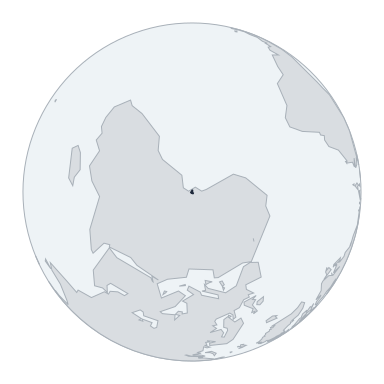 Abia highlighted on a globe, orthographic projection, rotated 160°
{"feature_id": "NGA-2841", "entity_name": "Abia", "entity_type": "State", "adm_level": 1, "iso_a3": "NGA", "parent_name": "Nigeria", "parent_adm1": "", "projection": "orthographic", "projection_center": [7.526, 5.42], "detail": "fine", "context": "on_globe", "style": "filled", "palette": "slate", "viewbox_px": 384, "rotation_deg": 160, "n_neighbors": 0, "source": "natural_earth", "source_scale": "10m", "svg_char_len": 8396}
<svg xmlns="http://www.w3.org/2000/svg" viewBox="0 0 384 384"><g transform="rotate(160 192 192)"><circle cx="192" cy="192" r="169" fill="#eef3f6" stroke="#a8b0b8"/><path d="M129.4,35.1L132.9,33.7L136.2,32.5L139.1,31.5L140.2,31.3L135.5,32.9L134.3,33.3L133.4,33.7L130.6,34.7L132.6,34.0L126.8,36.4L134.0,33.8L130.5,35.4L126.3,37.2L124.9,37.3L114.2,42.0L129.4,35.1ZM100.6,49.9L95.4,54.0L91.0,57.2L86.3,61.3L89.5,59.1L94.4,55.2L99.3,52.6L104.7,48.7L107.5,47.3L113.7,43.6L114.7,44.0L112.3,46.5L107.2,49.8L106.0,51.2L112.4,48.3L104.4,55.1L101.7,61.5L99.4,63.6L92.1,66.6L88.1,65.5L78.7,71.5L86.7,67.7L80.9,73.9L80.7,75.2L82.2,75.2L85.1,73.0L83.5,75.4L75.0,79.5L76.3,77.4L79.0,75.9L77.1,75.8L71.2,79.5L68.7,82.8L62.6,86.5L60.7,89.1L58.3,91.7L61.7,87.1L55.5,95.7L47.9,104.5L39.2,120.9L45.6,107.8L46.3,106.4L53.4,95.3L61.4,84.8L70.1,75.0L79.6,65.8L89.8,57.4L100.6,49.9ZM29.1,147.1L29.0,147.4L27.1,155.3L29.1,147.1ZM26.0,160.5L25.1,165.8L25.6,164.7L25.8,168.3L27.6,161.7L29.9,158.7L28.1,168.4L30.8,159.9L31.0,165.1L36.6,166.2L35.7,168.3L40.1,181.3L47.8,187.9L49.6,195.5L48.4,199.7L51.7,201.6L51.8,204.5L67.6,211.2L77.8,219.7L78.9,229.9L73.2,240.8L74.7,264.7L66.2,271.0L68.5,280.5L69.7,293.3L63.9,291.2L70.2,298.5L70.9,302.1L68.4,301.7L72.0,306.5L70.4,306.1L74.3,309.6L77.8,315.0L83.9,320.3L87.9,324.6L92.0,327.6L91.3,327.3L92.2,328.1L94.3,329.7L89.5,326.3L81.2,319.6L77.9,316.5L76.8,315.6L69.0,307.4L70.1,308.8L59.0,295.6L52.0,284.8L36.6,252.1L33.7,245.1L29.6,236.3L24.0,210.3L23.4,200.6L23.1,195.5L24.2,182.2L25.3,168.8L25.3,166.7L24.4,171.3L25.0,166.6L26.0,160.5ZM35.4,128.5L36.7,126.5L35.2,135.8L33.6,136.1L34.4,134.7L35.2,131.1L36.1,127.4L35.4,128.5L35.4,128.5ZM41.4,117.9L41.5,117.1L41.4,117.9ZM112.8,43.7L113.2,43.7L111.8,44.4L112.8,43.7ZM115.0,42.3L113.1,43.2L113.9,42.7L115.1,42.1L115.0,42.3ZM117.3,41.5L115.5,41.7L117.0,40.8L122.7,38.3L117.3,41.5ZM135.8,32.7L133.3,33.6L133.9,33.3L135.8,32.7ZM145.5,29.6L146.3,29.4L144.4,29.9L140.5,31.1L140.3,31.1L145.5,29.6ZM143.8,30.1L146.8,29.3L145.5,29.8L141.0,31.0L143.8,30.1ZM142.4,31.8L142.1,31.5L144.6,30.7L142.4,31.8ZM148.0,29.0L148.5,28.8L149.4,28.6L151.1,28.2L148.0,29.0ZM155.6,27.1L150.3,28.6L150.3,29.1L148.1,29.8L148.5,28.9L155.6,27.1ZM154.5,27.3L151.9,27.9L150.0,28.4L154.5,27.3ZM156.2,27.1L157.4,26.8L156.5,27.0L156.2,27.1ZM160.7,26.1L159.0,26.5L157.6,26.7L160.7,26.1ZM161.2,25.9L163.1,25.6L158.2,26.5L160.6,26.0L161.2,25.9ZM162.4,25.7L162.2,25.7L162.4,25.7ZM166.7,25.3L160.8,26.5L157.9,26.9L164.0,25.6L166.7,25.3ZM99.5,333.0L90.9,327.4L94.8,330.1L92.4,328.0L98.8,332.0L99.5,333.0ZM94.7,327.9L95.0,327.0L96.6,327.9L96.7,328.7L94.7,327.9ZM357.4,157.3L353.6,143.1L354.1,146.4L352.2,140.3L346.9,128.5L346.6,133.1L347.2,150.5L350.4,166.5L349.3,174.1L340.4,151.9L334.7,137.0L332.6,138.8L322.6,127.2L308.4,128.2L305.4,124.6L302.9,126.7L295.8,123.5L290.9,117.7L287.0,118.5L299.7,134.0L303.8,133.3L305.9,126.6L308.8,132.4L315.6,137.2L311.5,152.4L288.8,167.8L285.1,156.0L259.9,125.4L259.8,121.9L259.7,121.5L259.3,120.8L258.5,126.6L253.7,120.8L268.8,141.9L272.0,151.4L288.5,168.6L287.3,170.6L292.2,174.0L305.9,168.3L306.3,172.3L300.8,191.8L280.4,219.3L282.3,236.6L279.4,251.6L264.8,262.3L264.2,273.6L256.4,278.0L254.7,284.5L247.4,291.6L235.9,298.5L218.3,299.4L218.7,293.6L212.1,282.7L203.6,255.5L209.6,242.6L208.6,232.7L195.8,211.2L198.7,198.9L194.9,193.9L187.2,195.4L182.6,189.5L177.8,189.5L147.0,194.6L136.7,186.9L122.6,163.2L127.5,153.6L127.0,142.8L160.1,106.3L168.7,108.0L196.7,102.6L200.4,103.7L198.9,111.7L221.2,120.7L226.4,113.8L244.9,118.4L256.1,117.7L257.0,102.8L238.6,103.6L233.7,96.8L247.0,90.1L262.8,90.4L261.4,87.8L249.9,82.4L252.1,77.7L245.8,80.2L249.5,82.7L245.6,84.6L242.1,82.6L243.0,80.8L237.8,79.9L234.9,89.2L238.2,92.7L225.6,95.1L230.0,101.4L227.1,104.6L218.5,95.2L218.3,91.7L203.5,82.6L202.7,86.4L216.5,95.5L212.9,94.9L211.9,100.9L209.8,95.9L194.9,85.8L182.5,88.7L169.2,104.2L161.5,105.9L153.8,103.3L156.1,88.4L173.2,86.4L174.2,81.9L168.6,76.0L174.3,76.2L174.1,73.7L180.3,73.1L187.0,67.1L193.0,66.2L193.6,59.4L196.8,58.3L195.6,62.5L197.9,65.3L212.7,64.3L214.9,62.7L214.1,58.6L218.3,59.2L215.6,55.4L223.1,53.7L211.7,52.9L210.4,48.9L213.8,45.8L211.4,44.6L205.9,49.7L205.5,51.9L208.5,54.0L205.7,61.2L201.1,62.6L196.2,55.2L189.1,56.8L188.5,51.0L203.8,39.5L211.2,37.6L227.8,41.7L227.2,43.9L221.0,43.3L228.7,47.1L227.1,45.2L230.6,46.0L230.3,43.0L232.7,43.5L228.2,40.1L231.2,40.4L234.0,42.5L236.0,39.1L241.6,39.3L240.8,38.4L238.5,37.4L247.1,38.8L246.2,38.1L243.0,37.3L239.2,35.6L235.7,33.3L238.9,33.9L240.5,34.8L248.9,38.0L252.9,40.8L253.8,40.9L251.1,38.6L240.9,34.6L238.0,33.1L242.9,34.7L240.9,34.0L240.4,33.4L242.9,33.6L237.5,31.9L227.7,27.3L231.6,27.8L237.1,29.3L235.7,28.8L247.5,32.4L259.1,36.9L270.3,42.3L281.1,48.4L291.4,55.4L301.2,63.0L310.3,71.4L318.9,80.4L326.7,90.0L333.8,100.2L340.2,110.9L345.8,122.0L350.5,133.4L354.4,145.2L357.4,157.3ZM150.7,124.3L150.3,127.5L150.7,124.3ZM281.0,98.9L289.5,99.1L282.9,90.4L285.6,89.9L282.4,87.4L282.4,89.8L274.2,82.9L276.9,80.4L274.4,76.9L271.5,76.8L268.0,82.7L279.7,92.2L278.9,95.9L281.0,98.9ZM36.8,166.2L37.3,168.2L36.2,168.0L36.8,166.2ZM32.2,139.9L32.4,140.4L32.2,142.0L31.7,142.3L32.2,139.9ZM37.5,142.6L38.4,143.8L37.0,144.2L37.5,142.6ZM35.2,137.1L36.7,142.0L33.9,144.1L33.2,141.2L34.4,140.8L35.2,137.1ZM38.7,123.1L38.6,123.9L37.8,125.6L38.7,123.1ZM41.6,118.1L41.4,118.1L42.0,116.7L41.6,118.1ZM81.4,73.7L82.0,73.4L82.9,73.9L81.4,74.8L81.4,73.7ZM93.8,71.1L91.0,75.1L91.9,72.6L89.2,74.2L87.8,71.4L98.2,64.6L93.7,68.0L93.8,71.1ZM88.8,66.5L88.5,68.5L88.4,66.6L88.8,66.5ZM166.8,62.8L169.6,64.0L168.2,66.7L160.6,69.2L162.5,65.1L166.8,62.8ZM173.9,65.2L171.3,57.9L175.9,56.5L173.8,58.4L177.1,58.3L174.5,61.4L181.6,67.7L180.8,70.7L167.1,72.8L172.0,70.3L169.0,69.1L173.9,65.2ZM156.3,46.3L155.2,44.4L166.7,43.7L166.4,45.7L158.7,47.9L154.6,46.9L156.3,46.3ZM127.7,37.4L126.6,37.6L127.9,37.1L129.9,36.4L127.7,37.4ZM142.1,31.7L134.1,36.3L132.4,36.6L129.9,39.5L124.3,41.7L126.1,39.6L120.0,43.8L119.4,42.8L115.7,45.7L120.4,40.9L119.6,40.6L122.6,40.0L127.7,37.9L129.7,36.9L134.8,34.1L135.7,33.0L140.9,31.2L144.4,30.2L145.0,30.2L141.4,31.3L144.7,30.5L140.0,32.1L142.1,31.7ZM181.8,26.9L177.4,27.0L183.4,28.0L178.7,28.7L179.6,28.8L176.9,29.8L175.3,31.3L172.9,31.6L173.3,32.1L171.5,33.0L171.3,33.9L166.9,34.8L166.3,36.1L164.6,35.8L164.6,37.9L162.6,36.8L160.1,38.2L163.4,38.5L140.4,43.5L132.3,47.2L126.6,51.2L124.0,49.5L127.6,44.9L134.4,39.9L142.6,36.9L139.9,36.9L143.0,35.6L143.9,36.1L144.5,34.6L147.3,33.7L153.4,30.8L152.5,29.7L154.7,28.8L156.5,28.8L157.4,28.0L162.2,27.5L163.9,27.0L170.3,26.3L172.7,27.0L174.4,26.4L179.3,26.1L181.8,26.9ZM168.5,25.1L172.4,25.3L171.7,25.9L160.8,27.0L158.6,27.5L151.7,28.8L152.8,28.0L154.7,27.7L156.8,27.2L155.6,27.6L158.1,26.9L160.8,26.6L163.5,26.0L164.0,26.1L168.5,25.1ZM203.7,100.7L206.4,100.9L210.5,100.3L209.9,104.4L203.7,100.7ZM193.4,93.8L195.7,93.2L196.9,98.1L194.1,98.1L193.4,93.8ZM196.0,88.9L195.8,92.8L194.2,90.7L196.0,88.9ZM197.6,61.9L200.0,61.2L200.6,62.2L199.8,63.7L197.6,61.9ZM198.4,31.8L196.0,31.3L196.5,31.0L193.5,29.4L196.8,29.0L199.8,29.9L198.4,31.8ZM254.4,105.5L251.8,108.4L249.8,107.1L251.1,106.3L254.4,105.5ZM230.2,106.3L236.2,107.9L230.0,107.4L230.2,106.3ZM201.5,31.2L199.9,30.5L202.5,30.8L201.5,31.2ZM199.0,28.8L201.9,28.9L196.9,28.8L199.0,28.8ZM290.1,323.3L289.1,325.0L287.6,325.4L290.1,323.3ZM303.1,247.4L289.6,274.1L283.1,274.7L283.4,267.2L289.5,251.2L297.5,246.2L301.9,238.7L303.1,247.4ZM360.8,185.5L360.1,176.6L360.3,176.6L360.4,177.7L360.8,185.5ZM350.9,168.0L353.5,177.4L352.5,179.2L350.9,168.0ZM227.0,30.5L227.5,32.8L230.0,34.9L234.7,36.6L228.2,35.6L224.4,32.2L227.0,30.5ZM227.3,27.4L223.1,26.5L224.8,26.6L225.9,26.9L227.3,27.4ZM224.9,27.0L220.2,26.5L217.7,25.8L221.9,26.3L224.9,27.0ZM211.0,27.9L210.9,28.5L208.7,28.1L211.0,27.9Z" fill="#d9dde1" stroke="#a8b0b8" stroke-width="1"/><path d="M193.0,191.2L193.1,191.3L193.1,191.5L193.1,191.8L193.3,192.1L193.2,192.2L192.9,192.0L192.8,191.9L192.7,191.8L192.5,191.7L192.4,191.7L192.4,191.9L192.3,192.1L192.4,192.3L192.1,192.3L192.0,192.5L192.0,192.8L192.0,193.0L191.9,193.2L191.8,193.3L191.8,193.5L191.9,193.8L191.7,193.6L191.4,193.6L191.1,193.6L190.9,193.4L191.2,192.9L191.3,192.8L191.2,192.7L191.4,192.0L191.5,191.9L191.6,191.7L191.6,191.4L191.6,191.2L191.6,190.8L191.5,190.7L191.4,190.6L191.2,190.5L191.3,190.3L191.5,190.2L191.6,190.3L191.7,190.2L191.8,190.2L192.0,190.4L192.0,190.5L192.2,190.8L192.6,190.8L192.8,190.9L192.8,191.0L193.0,191.2Z" fill="#64748b" stroke="#1e293b" stroke-width="1.5"/></g></svg>